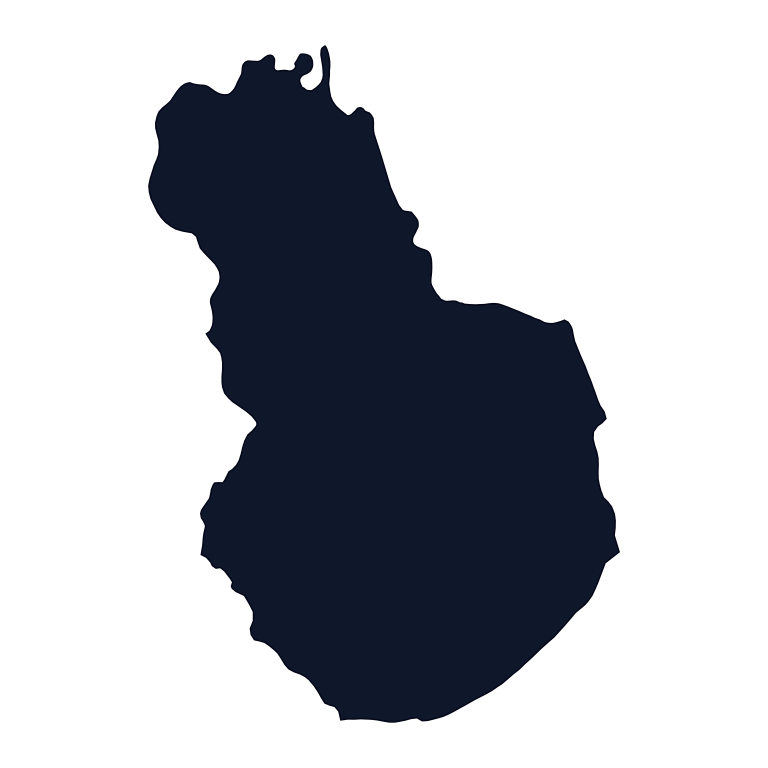 the district of Bacho, Narathiwat, Thailand
{"feature_id": "78962969B22586560209583", "entity_name": "Bacho", "entity_type": "district", "adm_level": 2, "iso_a3": "THA", "parent_name": "Thailand", "parent_adm1": "Narathiwat", "projection": "equal_earth", "projection_center": [101.634, 6.553], "detail": "fine", "context": "isolated", "style": "filled", "palette": "ink", "viewbox_px": 768, "rotation_deg": 0, "n_neighbors": 0, "source": "geoboundaries", "source_scale": "gbopen_adm2", "svg_char_len": 5950}
<svg xmlns="http://www.w3.org/2000/svg" viewBox="0 0 768 768"><path d="M564.4,320.2L561.8,321.3L556.7,322.9L552.7,323.7L550.2,323.7L546.9,323.3L544.3,322.7L539.4,320.1L534.8,318.6L530.9,316.7L524.8,314.3L520.7,312.5L508.7,307.6L502.2,305.2L498.7,304.1L495.2,303.7L492.1,303.7L488.0,304.1L484.8,304.6L475.5,305.0L470.1,304.8L464.4,304.3L461.8,303.2L459.8,303.1L456.3,301.5L454.0,301.1L447.4,301.5L445.7,301.5L444.0,300.9L440.6,299.3L438.5,296.4L436.1,293.7L433.4,289.1L432.4,287.2L431.6,285.6L431.3,284.6L430.8,283.2L430.8,282.4L430.7,280.4L430.9,277.7L431.4,273.2L431.6,268.7L431.6,266.3L431.5,262.0L431.2,259.1L430.9,257.6L430.5,256.1L430.1,254.9L429.7,253.9L429.2,253.1L428.4,252.0L427.3,251.1L426.6,250.7L425.7,250.3L421.1,248.8L417.4,247.2L416.4,246.7L414.3,245.2L413.9,244.8L413.2,243.8L412.5,242.1L412.4,240.8L412.4,239.7L412.7,237.6L413.0,236.8L415.4,232.2L416.8,229.2L417.8,227.0L417.9,226.6L418.0,226.0L418.1,225.1L418.0,222.9L417.9,221.8L417.5,220.5L416.9,219.4L415.2,217.0L411.3,212.3L403.9,211.2L402.3,210.4L398.5,205.5L397.4,203.1L394.9,197.4L392.8,192.9L390.4,187.3L381.4,157.1L374.2,134.6L373.5,131.2L373.3,127.5L373.4,122.5L373.0,118.3L371.2,115.1L369.2,113.0L366.9,112.2L364.9,111.3L363.0,108.9L361.8,108.2L360.8,107.8L359.7,107.8L358.2,108.1L357.2,108.7L356.3,110.0L352.1,114.1L350.4,115.3L348.4,115.9L346.8,115.6L345.1,114.1L342.4,112.0L340.0,110.0L336.4,106.7L334.8,104.7L332.5,101.4L330.5,96.8L329.5,91.5L328.5,83.7L329.3,75.1L329.3,70.5L329.7,65.8L329.6,61.5L329.2,58.4L328.2,53.4L326.7,48.9L325.8,47.0L325.1,46.1L324.9,46.1L324.6,46.2L322.7,47.7L322.0,48.3L321.6,49.1L321.4,49.7L321.2,50.9L321.0,54.1L321.0,55.0L322.9,66.7L323.2,71.1L323.4,74.0L323.4,75.3L323.2,76.8L322.9,78.6L322.0,80.9L321.6,81.9L321.1,82.7L319.6,84.7L316.8,87.4L312.7,90.3L312.2,90.6L311.8,90.8L310.3,90.9L307.1,90.5L306.8,90.4L306.2,90.1L303.6,88.1L302.3,87.6L301.7,86.9L301.1,85.5L300.0,82.8L299.5,81.2L299.5,80.8L299.6,79.7L299.8,78.9L300.2,77.9L300.9,76.8L302.0,75.7L303.2,74.9L304.6,74.2L306.0,73.7L307.0,73.3L309.4,71.6L310.2,70.9L310.8,70.0L311.6,68.6L311.9,67.8L312.4,66.5L312.5,65.6L312.5,62.9L312.3,61.1L312.0,59.9L311.4,58.5L310.9,57.5L310.4,56.7L309.6,56.0L308.7,55.5L306.8,54.7L305.9,54.5L304.8,54.3L303.8,54.2L301.9,54.1L300.9,54.3L300.3,54.7L299.7,55.5L299.3,56.0L297.2,60.0L295.5,62.6L294.9,63.8L294.9,64.0L295.6,65.4L295.7,66.1L295.6,67.0L295.2,68.0L294.8,68.5L293.9,69.4L293.3,69.9L291.7,70.8L290.8,71.0L289.6,71.1L289.0,71.1L285.3,70.5L283.3,70.5L278.4,71.0L277.7,71.1L276.7,70.9L276.1,70.7L275.4,70.3L274.9,69.9L274.6,69.5L274.3,69.1L274.2,68.6L274.0,67.7L274.0,66.2L274.4,62.0L274.5,59.7L274.3,58.8L273.7,57.5L273.0,56.5L272.2,55.8L271.7,55.6L270.7,55.3L269.2,55.3L267.6,55.7L266.5,56.4L265.0,57.3L261.2,60.4L259.7,61.1L258.8,61.4L258.0,61.6L256.9,61.6L252.3,61.4L248.4,61.1L247.6,61.2L246.7,61.5L245.9,61.9L244.9,62.7L244.3,63.3L243.5,64.3L243.1,65.0L242.8,66.0L242.6,67.0L242.4,68.4L242.1,71.9L241.7,74.1L241.1,75.5L237.7,82.2L236.1,85.9L234.6,88.8L232.7,91.1L231.4,92.5L229.6,93.9L228.5,94.4L227.0,94.7L224.6,94.9L222.8,94.7L220.7,94.3L219.7,94.0L217.4,93.0L214.4,91.2L210.2,88.2L208.4,87.0L207.1,86.3L206.0,85.9L204.9,85.6L203.8,85.4L198.6,85.0L196.7,84.8L193.3,84.1L190.0,82.9L189.5,82.9L188.8,83.1L187.6,83.2L184.5,84.4L181.5,86.5L178.9,89.3L176.9,91.8L170.6,101.2L166.9,104.6L162.8,107.9L159.1,111.9L157.3,116.2L155.8,122.6L155.9,128.1L157.3,133.9L159.1,140.5L159.5,147.0L158.8,154.3L157.3,158.9L154.4,165.6L150.2,179.2L148.9,185.8L149.5,192.2L151.2,198.8L157.7,212.3L161.3,217.5L165.7,222.3L171.0,226.2L175.7,228.9L182.1,230.8L186.8,231.7L192.1,232.6L196.6,236.4L198.4,242.2L200.5,248.1L204.6,252.9L215.0,263.7L217.6,267.7L219.5,271.6L220.2,275.9L220.2,278.5L219.7,282.1L218.6,284.9L215.6,290.5L213.0,294.3L211.4,297.5L210.9,299.0L210.6,301.8L210.9,303.9L212.0,308.2L212.8,311.9L213.4,317.7L213.2,321.4L212.8,324.8L212.1,326.9L211.0,329.3L210.3,330.8L208.5,332.4L206.4,333.8L211.5,342.2L217.6,348.5L220.7,352.6L221.9,356.7L222.8,362.5L222.7,369.8L222.2,376.8L222.2,382.3L222.7,386.9L224.8,393.1L228.8,397.9L232.6,401.5L241.9,407.9L246.6,411.2L252.4,416.2L255.7,420.4L256.8,422.0L257.1,424.1L256.8,425.6L255.9,427.0L252.4,431.1L247.9,435.0L244.8,441.2L243.0,447.0L241.4,453.9L239.5,460.2L236.6,465.4L232.4,469.7L229.0,471.9L224.9,480.2L222.9,483.0L218.5,482.8L214.5,483.1L212.9,485.8L211.4,489.9L210.7,494.4L209.7,498.5L201.7,510.1L200.8,513.5L201.5,517.8L203.7,521.2L205.5,525.2L205.6,526.7L204.1,533.2L203.4,538.4L202.9,545.2L201.3,554.6L206.5,557.2L210.8,562.1L212.5,565.7L216.0,568.1L218.7,567.7L220.4,567.5L224.7,570.9L230.5,578.5L232.8,582.2L231.5,586.1L232.3,588.3L236.0,591.4L244.5,595.4L250.1,605.0L253.5,611.8L253.5,620.8L250.4,628.6L251.3,634.7L254.5,639.7L260.1,640.9L264.9,642.4L269.6,645.7L273.6,649.0L277.6,652.7L281.3,658.2L285.0,664.4L288.8,668.8L294.0,671.6L300.2,673.8L305.3,676.5L309.2,679.7L314.2,685.6L318.6,692.2L321.6,697.7L324.9,703.0L329.5,704.9L334.9,706.4L338.9,711.3L340.9,719.9L347.7,718.9L354.3,719.0L360.7,718.6L371.8,719.1L377.5,719.8L382.6,720.8L389.0,721.9L395.1,721.9L400.1,721.0L405.6,719.9L411.0,718.4L417.1,717.7L422.2,720.7L427.9,720.3L438.0,717.7L442.8,716.3L447.8,714.2L454.2,710.9L460.4,707.4L464.7,705.1L474.3,699.6L486.0,693.6L491.5,690.5L496.7,686.9L502.0,683.4L506.6,679.5L512.9,674.0L519.1,669.1L525.4,663.0L531.2,657.8L536.2,653.0L540.8,648.5L545.8,644.0L554.0,636.8L562.9,627.0L568.0,621.2L575.4,612.4L584.7,604.7L588.3,600.5L591.9,595.4L594.9,589.0L597.6,582.7L605.1,562.8L619.1,551.9L614.1,535.4L615.0,527.8L615.1,520.5L614.3,514.2L611.5,506.9L607.7,502.0L603.3,497.6L600.7,490.7L599.1,484.7L598.0,478.8L597.9,472.0L598.1,464.2L597.9,458.0L596.6,451.8L594.4,445.0L593.0,438.8L593.4,431.7L597.4,426.0L602.0,422.7L605.9,418.6L604.0,411.8L600.0,406.0L597.4,399.9L595.4,394.1L590.4,380.2L588.0,374.5L584.9,366.2L582.1,359.9L579.6,354.1L574.5,341.4L573.3,336.1L572.0,329.1L570.7,326.1L569.3,323.9L567.9,322.1L564.4,320.2Z" fill="#0f172a" stroke="#020617" stroke-width="1.5"/></svg>